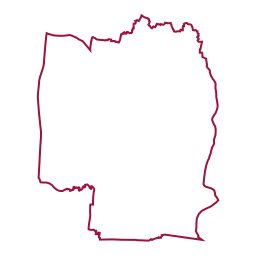 outline of Samraong, Takêv, Cambodia
{"feature_id": "14789045B98729141665077", "entity_name": "Samraong", "entity_type": "district", "adm_level": 2, "iso_a3": "KHM", "parent_name": "Cambodia", "parent_adm1": "Takêv", "projection": "robinson", "projection_center": [104.774, 11.131], "detail": "fine", "context": "isolated", "style": "outline", "palette": "rose", "viewbox_px": 256, "rotation_deg": 0, "n_neighbors": 0, "source": "geoboundaries", "source_scale": "gbopen_adm2", "svg_char_len": 5669}
<svg xmlns="http://www.w3.org/2000/svg" viewBox="0 0 256 256"><path d="M38.6,177.9L39.5,178.9L40.0,180.7L40.6,182.3L43.3,182.5L46.4,182.5L49.8,183.6L52.0,185.1L53.9,187.4L56.5,189.5L58.3,190.5L60.6,191.0L62.6,191.0L66.4,188.9L67.4,189.4L68.0,188.9L68.6,189.0L69.2,189.2L69.8,189.5L69.8,190.2L70.1,190.9L70.7,190.8L71.0,190.1L71.6,190.2L72.3,190.1L72.9,190.0L73.4,189.6L73.1,188.9L73.2,188.2L73.7,187.7L73.6,187.1L74.2,186.9L74.8,187.6L75.0,188.2L75.6,188.1L75.9,187.4L77.0,187.6L77.5,188.0L78.1,187.7L78.6,187.4L79.3,187.5L79.6,188.2L79.3,188.9L79.0,189.7L78.8,190.4L79.4,190.7L79.9,190.4L80.4,189.9L81.1,189.9L82.4,188.8L82.4,188.1L82.6,187.5L82.9,187.0L83.4,186.4L83.9,186.7L84.3,187.4L84.9,187.2L85.3,186.4L84.9,185.8L84.9,185.1L85.5,184.7L86.1,184.8L86.8,184.5L87.5,184.5L88.0,185.1L88.6,185.6L88.9,186.2L89.3,186.8L89.7,187.6L90.5,188.7L91.2,188.8L91.2,188.1L91.0,187.6L90.9,186.9L91.2,186.2L91.9,186.3L92.4,186.8L92.6,187.4L93.2,187.5L93.6,188.0L93.9,188.6L94.3,189.1L94.2,190.4L93.9,191.5L93.7,192.5L93.7,193.2L93.5,194.0L93.3,196.3L93.2,197.1L93.2,197.9L93.1,199.0L93.1,199.8L92.9,200.5L93.1,201.1L93.1,202.0L93.0,202.9L93.0,203.6L93.1,204.5L90.4,204.5L90.2,205.3L90.1,211.1L90.3,216.0L88.9,224.9L88.7,226.8L88.6,229.3L89.7,229.6L90.9,229.8L91.7,229.9L93.0,229.8L93.9,229.7L94.6,230.8L95.4,230.8L96.1,230.8L96.0,231.7L95.9,232.3L95.7,234.1L96.6,234.2L97.2,234.2L97.9,234.3L97.9,233.3L98.1,232.6L98.7,232.7L99.7,232.8L99.6,233.8L99.5,234.5L99.3,235.3L99.0,235.9L98.9,236.8L98.9,237.5L99.6,237.6L100.0,238.1L100.0,238.7L100.0,239.6L112.6,239.4L115.2,239.5L119.8,239.7L125.6,239.8L135.5,239.9L137.2,240.2L140.5,240.3L148.9,240.6L150.5,239.6L151.0,239.1L151.5,239.8L152.5,239.8L153.0,239.3L156.5,238.2L157.1,238.0L157.8,237.8L158.7,238.0L158.9,237.3L159.5,237.5L160.8,237.8L160.9,237.0L161.4,236.4L162.0,235.9L161.8,235.1L162.4,235.0L163.1,235.0L164.1,234.7L165.4,234.7L202.1,239.9L200.4,238.6L199.0,237.7L198.0,236.9L198.5,235.9L197.9,234.7L196.7,232.9L195.9,230.9L196.4,227.8L196.4,223.6L196.8,218.6L198.8,214.0L201.6,211.0L205.7,208.8L210.6,206.6L215.9,202.7L218.2,200.4L217.7,198.9L216.2,196.6L215.3,195.7L214.9,192.7L214.2,190.2L211.1,188.3L205.9,186.8L204.3,185.7L203.5,184.2L204.0,179.2L204.6,174.1L205.1,170.8L206.1,165.9L207.2,162.3L208.1,160.0L209.1,158.4L209.4,156.5L210.6,153.6L211.3,150.4L212.1,147.4L213.4,145.2L214.2,143.3L214.0,141.5L213.9,139.7L214.6,137.9L215.5,134.8L215.6,132.6L215.7,129.3L215.2,126.5L214.0,124.4L213.0,122.3L212.1,119.6L212.6,117.6L214.2,115.1L215.7,112.8L216.8,109.9L217.5,107.6L217.6,105.0L217.0,100.8L216.3,97.3L216.3,94.3L216.0,91.0L215.4,88.0L215.5,86.6L215.6,83.5L214.2,80.7L212.7,78.7L211.2,76.2L210.9,75.5L209.9,72.5L209.8,70.6L209.3,69.6L208.1,68.5L206.7,66.4L207.0,64.6L206.3,60.7L206.2,58.8L202.4,57.0L202.4,54.7L202.3,53.3L202.0,52.7L199.8,52.7L199.9,49.2L200.6,48.8L200.7,47.9L202.0,41.7L198.9,41.8L198.0,41.2L197.6,40.5L197.9,39.9L198.8,38.9L197.9,37.7L197.2,37.2L197.5,36.6L198.7,35.8L198.2,35.2L198.4,34.4L198.6,33.8L197.6,33.2L197.4,32.5L197.5,31.3L196.9,31.3L196.4,30.8L196.0,30.2L195.4,30.1L194.7,30.4L194.1,30.4L192.9,30.0L192.5,27.6L192.1,26.7L191.8,26.1L191.7,25.4L190.7,24.5L190.1,24.4L187.8,24.1L187.4,23.4L186.9,23.0L186.0,23.0L185.4,23.3L184.8,23.4L183.9,24.0L184.1,24.8L184.1,26.2L183.5,26.1L182.9,26.1L182.8,27.7L182.8,28.7L182.8,30.3L182.1,30.3L181.5,29.8L180.8,29.7L180.3,30.1L180.3,30.7L180.2,31.4L179.1,31.3L178.3,31.3L177.1,31.3L176.5,31.5L176.0,31.8L175.3,31.7L174.6,31.3L174.0,31.4L173.6,30.6L173.5,29.5L173.0,29.2L172.3,27.6L172.0,27.0L171.8,26.4L171.5,25.8L171.5,25.0L170.9,23.8L170.7,23.0L170.0,23.2L169.4,23.2L168.6,23.2L167.9,23.3L167.3,23.0L166.7,23.0L165.1,22.7L164.8,23.5L164.4,24.1L163.8,24.5L163.0,24.7L162.4,24.6L161.6,24.2L161.0,24.1L160.4,24.1L160.3,24.8L159.7,24.4L159.1,24.6L158.5,24.5L158.0,23.9L157.5,24.2L156.7,24.0L156.5,24.6L156.1,25.1L155.8,25.7L155.8,26.3L155.0,27.2L154.4,27.0L153.8,26.7L153.3,26.5L152.8,27.1L152.6,27.7L152.0,28.3L151.3,27.8L150.8,27.5L150.4,26.9L150.1,26.1L149.5,25.7L149.0,25.5L148.4,24.8L149.1,23.5L149.3,22.8L149.5,22.2L149.8,21.5L149.1,21.1L149.2,20.2L149.0,19.2L147.9,18.8L147.6,18.2L146.2,17.9L145.6,17.7L143.7,16.9L143.2,16.5L142.1,15.7L141.5,15.4L141.3,16.2L140.7,17.7L140.3,18.5L139.9,19.1L139.5,19.7L139.3,20.7L138.7,21.0L138.0,20.7L137.3,20.2L136.4,20.3L136.1,21.3L135.4,21.2L135.8,21.9L135.6,22.9L135.4,23.5L134.9,23.3L134.3,23.5L133.7,23.6L133.6,24.2L133.6,25.0L133.7,26.1L133.7,28.4L132.8,28.3L132.7,29.8L132.0,30.2L131.9,31.1L132.2,31.7L131.9,32.5L131.5,33.0L130.6,33.0L129.6,33.2L129.1,32.9L128.5,32.6L128.1,32.1L127.0,31.9L126.6,32.4L126.6,33.3L126.1,33.7L125.1,33.6L124.7,32.7L124.3,32.2L123.7,32.6L123.5,33.4L123.0,33.3L122.8,33.9L122.1,33.9L121.7,34.5L121.1,34.4L120.9,35.1L120.7,36.9L120.4,37.7L120.3,38.3L120.2,39.1L120.1,39.8L119.7,40.5L119.4,41.3L118.8,42.5L118.0,42.3L117.5,42.2L116.3,41.8L115.5,41.9L115.1,41.2L113.6,40.9L112.9,41.0L112.3,41.1L111.2,41.1L111.3,40.3L111.2,39.6L110.6,39.7L109.4,39.3L108.8,39.1L108.1,39.5L107.8,40.2L107.1,40.2L106.4,40.1L105.8,40.0L105.3,40.5L104.5,40.3L103.8,40.2L102.8,40.1L101.2,40.0L100.4,39.9L99.8,39.8L98.3,39.7L97.7,39.6L96.7,39.4L96.0,38.9L95.0,38.1L94.0,37.7L93.3,37.3L92.8,37.1L92.2,37.4L92.0,38.3L91.7,38.9L91.6,39.8L91.5,40.9L91.0,41.4L91.1,42.0L90.9,42.9L90.9,43.7L90.7,44.8L90.5,45.7L90.4,47.1L90.2,48.3L90.3,50.2L82.7,41.2L79.1,39.5L76.6,37.8L73.8,36.5L70.0,35.0L66.2,35.5L61.8,35.8L57.8,35.7L54.5,35.5L51.2,34.7L48.1,33.8L46.7,33.2L46.2,36.5L45.2,46.8L44.3,57.6L43.9,63.5L43.3,66.9L39.9,77.4L39.2,80.6L38.9,84.7L38.1,92.4L37.8,97.2L39.0,113.1L40.5,127.3L41.0,131.8L41.0,136.8L40.3,146.4L39.8,156.1L39.1,169.4L38.6,177.9Z" fill="none" stroke="#9f1239" stroke-width="2"/></svg>